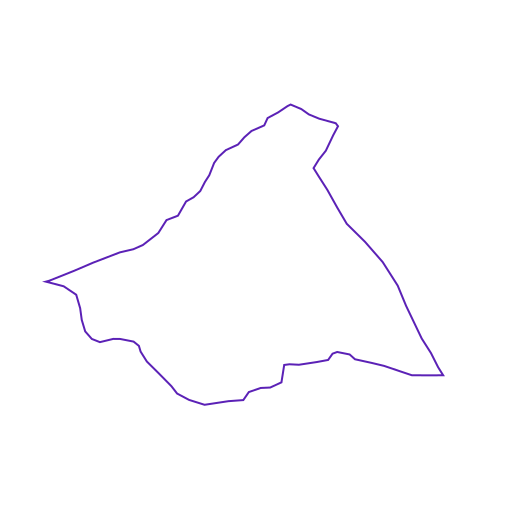 Robertsfors, Västerbotten, Sweden (Robinson projection), rotated 189°
{"feature_id": "70781695B17714148738486", "entity_name": "Robertsfors", "entity_type": "district", "adm_level": 2, "iso_a3": "SWE", "parent_name": "Sweden", "parent_adm1": "Västerbotten", "projection": "robinson", "projection_center": [20.776, 64.169], "detail": "fine", "context": "isolated", "style": "outline", "palette": "violet", "viewbox_px": 512, "rotation_deg": 189, "n_neighbors": 0, "source": "geoboundaries", "source_scale": "gbopen_adm2", "svg_char_len": 1226}
<svg xmlns="http://www.w3.org/2000/svg" viewBox="0 0 512 512"><g transform="rotate(189 256 256)"><path d="M52.5,167.5L58.7,174.6L68.0,187.5L79.4,200.4L100.0,230.3L111.4,248.9L129.9,269.8L150.6,287.1L171.4,302.0L183.4,316.6L195.9,332.5L206.3,344.2L212.9,351.8L209.0,361.1L203.5,370.9L198.6,387.5L195.3,397.0L198.0,399.6L215.0,401.5L225.9,404.1L234.2,408.2L245.5,411.0L248.3,409.0L256.7,401.2L266.1,394.1L268.3,386.3L280.0,378.8L286.1,371.4L291.2,363.3L302.3,355.9L308.4,348.2L311.9,341.4L314.8,328.4L318.0,321.2L321.2,311.5L326.8,304.3L333.6,298.9L339.4,283.6L350.0,277.5L356.1,263.4L363.3,255.7L369.4,249.2L378.2,243.5L391.0,238.3L404.3,230.6L415.9,223.9L433.7,212.7L456.4,199.2L459.5,197.8L441.2,196.0L427.5,189.6L421.5,176.9L418.1,165.6L412.9,154.8L405.2,148.4L396.7,146.5L384.0,151.8L377.2,152.8L363.5,152.3L357.6,148.9L355.0,143.5L347.3,134.7L333.7,124.9L319.2,114.2L312.4,107.8L299.6,103.4L283.5,101.0L260.5,108.3L246.0,111.7L241.8,120.5L230.7,126.4L221.4,128.3L211.1,135.2L211.1,144.0L211.1,152.8L206.0,154.3L196.6,155.3L179.6,160.7L168.5,164.6L165.1,171.5L160.8,173.9L148.1,173.4L142.1,169.5L125.1,168.5L112.3,167.5L95.3,164.6L83.4,162.6L63.8,165.6L52.5,167.5Z" fill="none" stroke="#5b21b6" stroke-width="2"/></g></svg>